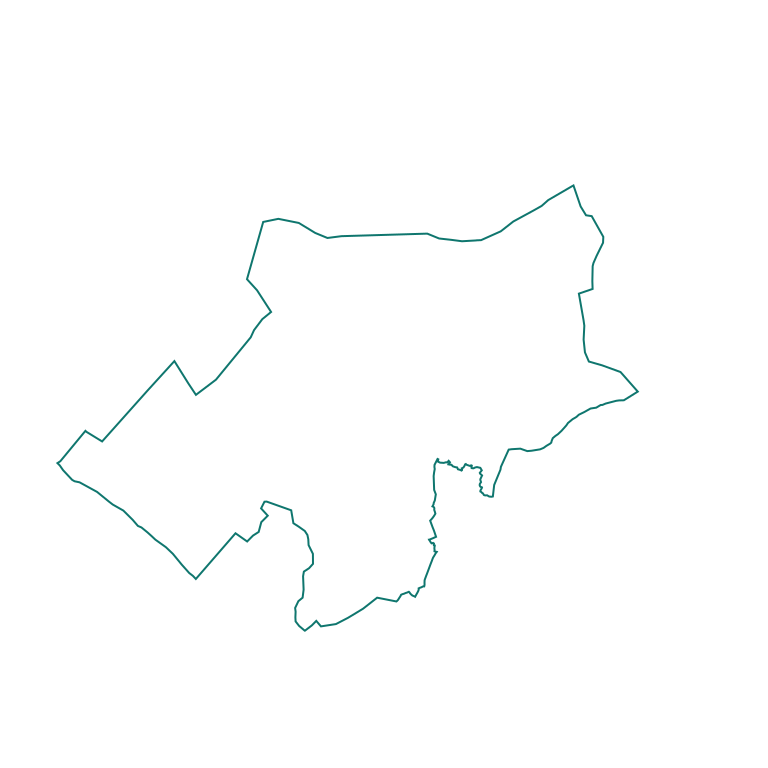 Wamakko, Sokoto, Nigeria, rotated 40°
{"feature_id": "59680162B10831398447622", "entity_name": "Wamakko", "entity_type": "district", "adm_level": 2, "iso_a3": "NGA", "parent_name": "Nigeria", "parent_adm1": "Sokoto", "projection": "equal_earth", "projection_center": [5.187, 13.089], "detail": "fine", "context": "isolated", "style": "outline", "palette": "teal", "viewbox_px": 768, "rotation_deg": 40, "n_neighbors": 0, "source": "geoboundaries", "source_scale": "gbopen_adm2", "svg_char_len": 4041}
<svg xmlns="http://www.w3.org/2000/svg" viewBox="0 0 768 768"><g transform="rotate(40 384 384)"><path d="M184.7,654.5L188.0,654.8L193.6,656.3L206.7,657.9L209.5,657.4L214.0,655.0L233.6,651.1L248.7,650.9L253.7,650.7L265.7,648.5L278.8,649.6L286.7,650.9L290.4,649.8L298.4,649.7L303.9,649.9L308.9,650.2L321.8,649.2L331.4,649.8L345.3,652.4L356.3,654.0L360.9,653.8L365.2,654.3L366.2,593.8L380.4,592.6L381.1,584.3L383.1,577.9L378.8,568.7L379.6,559.6L369.8,558.3L368.1,551.0L369.7,549.5L394.1,540.4L404.1,548.9L410.3,548.1L417.8,547.5L422.4,548.9L425.8,551.6L429.8,555.9L438.7,559.8L445.2,567.4L445.0,573.3L443.2,579.2L445.6,583.3L454.6,593.2L459.0,600.0L458.0,605.4L459.9,612.7L462.7,615.3L466.1,619.7L468.9,622.7L474.5,623.9L481.9,623.9L482.0,623.8L483.9,615.3L484.4,609.0L491.5,610.2L501.5,598.8L506.7,586.3L512.4,569.6L516.1,552.1L533.3,542.6L533.4,541.9L533.5,540.9L533.5,540.2L533.4,539.4L533.3,538.8L533.2,538.0L533.1,537.3L533.1,536.9L533.0,536.1L532.9,535.7L532.7,535.0L532.6,534.4L533.2,533.2L534.3,531.5L534.9,530.2L535.7,529.0L536.6,527.2L537.3,527.2L538.3,527.5L539.2,527.7L540.4,527.8L541.1,527.8L541.6,527.8L541.7,527.7L542.4,527.6L543.5,527.2L544.6,527.0L543.9,523.5L543.7,522.3L543.2,520.3L542.7,519.1L541.9,518.3L542.4,517.2L543.3,515.7L543.8,514.5L544.1,513.8L544.9,513.2L544.4,512.2L544.0,511.6L542.7,510.1L541.3,508.3L541.0,507.7L539.3,503.0L539.3,502.9L538.6,500.9L535.4,491.9L534.2,488.3L533.9,487.6L533.2,485.5L532.8,482.7L532.3,480.0L532.4,479.4L532.3,478.7L531.6,479.1L530.2,479.7L529.7,479.0L529.1,478.3L528.4,477.7L527.9,477.1L527.4,476.3L527.1,475.7L526.7,475.1L525.9,475.5L525.7,475.4L525.2,474.7L524.8,474.1L524.4,474.1L523.7,474.2L523.3,474.9L523.0,475.4L522.9,475.5L522.3,475.4L521.4,475.2L520.0,474.7L518.8,474.4L518.6,474.3L518.8,474.1L520.6,470.7L522.1,467.6L517.0,464.5L515.6,463.7L513.5,462.6L507.2,459.0L507.3,457.2L507.3,455.2L507.1,452.7L506.7,450.3L504.7,448.9L503.9,448.5L503.1,447.8L502.5,446.9L501.8,446.4L500.7,446.3L499.8,446.6L499.3,444.3L498.5,443.1L497.8,440.6L494.6,435.2L490.5,432.9L481.2,422.6L479.2,419.5L477.5,416.5L476.0,415.2L474.7,413.5L473.2,407.0L474.0,406.8L475.1,408.8L477.5,408.2L480.5,406.0L481.9,404.0L482.9,403.5L482.9,401.3L484.9,401.6L485.1,404.1L486.2,403.5L487.6,402.5L489.6,402.8L492.0,401.9L493.7,400.9L495.4,401.8L497.7,400.8L499.0,400.5L499.1,399.8L498.5,399.0L497.8,398.6L498.5,397.0L498.4,395.5L497.8,393.4L498.1,392.7L499.1,392.8L499.7,392.6L502.3,391.6L502.7,391.3L503.0,390.3L503.7,390.1L504.7,391.8L505.1,392.1L505.6,391.9L506.8,391.0L507.4,389.5L508.6,387.9L511.7,386.3L514.4,387.3L514.5,390.5L515.2,390.9L517.9,391.0L519.0,395.0L519.5,395.6L521.4,396.8L521.6,398.8L522.2,399.9L522.9,400.4L523.7,400.7L524.6,400.6L524.9,400.4L525.2,400.2L525.7,400.4L526.1,402.2L526.3,403.5L526.9,404.4L528.0,404.2L528.7,404.3L528.9,404.4L529.7,404.2L530.4,404.3L531.0,404.5L531.7,404.8L532.4,404.7L532.8,404.4L533.4,404.1L534.5,403.0L536.9,402.6L538.8,401.3L539.7,400.2L533.3,390.5L528.3,374.8L526.8,372.3L521.7,354.1L523.7,351.9L530.0,345.9L536.9,343.3L539.9,340.3L545.6,333.7L547.3,330.4L548.2,326.9L549.6,322.9L549.8,321.4L549.0,319.8L548.1,317.0L548.7,313.5L549.5,310.7L550.1,305.7L550.3,298.5L550.0,295.6L551.1,289.7L552.2,286.7L552.6,285.4L553.0,282.3L555.4,276.9L558.0,270.0L561.8,265.7L563.5,260.8L564.8,259.6L566.3,256.6L572.7,247.6L574.7,245.4L578.2,242.3L583.3,226.7L557.5,222.8L539.1,229.5L526.5,235.1L517.6,230.6L508.4,221.7L500.0,210.6L495.9,206.9L475.2,189.5L482.7,177.1L477.5,171.3L468.1,159.6L466.7,156.7L464.5,149.2L461.0,135.0L457.4,130.3L435.2,121.9L430.3,124.9L420.5,121.6L401.5,110.1L400.2,113.6L391.6,137.5L390.3,146.2L387.2,154.5L378.6,176.4L375.3,192.0L365.9,211.4L362.5,214.5L362.3,214.8L352.0,224.5L342.6,230.5L332.7,237.1L320.5,241.0L256.4,298.1L246.8,308.5L234.2,312.5L215.2,315.4L196.9,325.4L187.3,337.5L211.7,391.8L226.5,393.8L251.2,401.4L249.1,412.5L249.8,426.2L251.9,433.9L252.5,488.7L246.9,513.2L233.7,509.3L208.7,501.2L207.1,540.3L205.0,609.2L186.8,611.9L185.4,611.8L185.7,651.2L184.7,654.5Z" fill="none" stroke="#0f766e" stroke-width="2"/></g></svg>